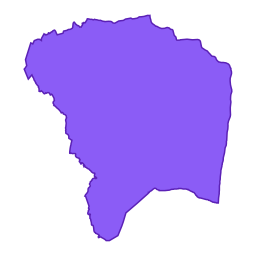 Bikita, Masvingo, Zimbabwe
{"feature_id": "62879985B26822606878793", "entity_name": "Bikita", "entity_type": "district", "adm_level": 2, "iso_a3": "ZWE", "parent_name": "Zimbabwe", "parent_adm1": "Masvingo", "projection": "equal_earth", "projection_center": [31.804, -20.202], "detail": "fine", "context": "isolated", "style": "filled", "palette": "violet", "viewbox_px": 256, "rotation_deg": 0, "n_neighbors": 0, "source": "geoboundaries", "source_scale": "gbopen_adm2", "svg_char_len": 5588}
<svg xmlns="http://www.w3.org/2000/svg" viewBox="0 0 256 256"><path d="M230.9,68.3L230.4,67.9L229.5,65.3L228.4,64.0L226.0,62.9L223.4,62.5L221.0,62.5L219.8,62.1L218.6,61.9L216.9,60.3L216.2,59.1L215.7,57.7L214.8,56.8L214.2,56.5L212.0,56.2L210.8,55.0L209.5,53.5L208.8,52.9L207.3,51.0L205.2,50.0L202.0,47.8L201.5,46.9L200.4,41.5L200.0,40.7L199.1,39.9L197.7,39.5L192.5,39.8L187.1,39.2L180.3,39.8L179.8,40.1L177.4,40.2L176.9,40.1L176.7,40.0L176.3,39.3L176.2,38.1L175.6,36.6L174.8,36.1L174.1,35.0L172.9,30.3L172.6,29.9L172.0,29.5L170.5,29.3L169.4,28.1L167.5,27.5L166.6,27.6L164.7,28.3L161.7,28.5L159.5,27.8L156.6,26.2L156.2,26.3L155.7,26.2L154.5,25.1L152.4,23.6L151.7,22.8L151.1,21.7L150.7,19.6L150.1,17.7L149.9,15.4L149.5,15.5L147.5,15.4L144.1,16.4L141.0,16.8L139.7,16.8L139.0,17.0L137.4,18.1L134.2,18.7L132.3,18.9L131.3,18.3L130.8,18.1L125.5,19.1L123.4,20.4L118.7,21.0L115.2,23.0L114.6,23.2L113.1,23.0L111.6,21.7L110.6,21.4L108.2,21.3L104.9,21.6L104.0,21.3L103.0,21.3L100.4,20.3L99.0,20.4L96.9,19.8L95.3,19.6L94.5,19.3L94.2,19.4L93.8,19.8L93.1,19.8L91.8,19.3L90.7,19.4L88.5,18.9L87.4,18.8L87.2,18.9L86.9,20.0L86.0,21.3L85.3,22.7L84.7,22.8L84.1,22.5L83.8,22.5L83.4,23.5L83.1,23.5L82.7,23.1L82.4,23.1L82.2,23.8L82.4,24.6L82.4,25.2L82.2,25.6L81.6,26.0L81.3,27.0L80.8,26.9L79.9,27.2L79.3,26.4L78.3,25.6L77.5,25.6L76.5,24.6L75.9,24.3L74.4,22.3L74.1,22.1L73.5,22.6L73.1,23.6L72.7,27.5L72.2,28.3L71.2,28.8L70.5,29.3L68.3,29.5L67.0,30.3L63.6,31.1L63.4,31.6L63.2,32.8L62.8,33.3L57.2,34.8L56.3,33.1L55.6,31.3L54.7,30.2L54.3,30.1L52.9,30.8L52.0,31.9L51.3,31.9L50.5,32.8L49.5,33.5L49.2,33.5L48.9,32.8L48.5,32.8L48.0,34.0L46.7,34.8L46.3,34.7L45.8,34.4L45.5,34.5L45.4,34.8L44.8,34.6L44.4,34.1L44.2,34.1L44.0,33.9L41.4,38.6L41.4,40.4L41.4,40.5L39.4,39.3L37.6,39.3L34.3,40.6L32.8,43.9L30.8,42.9L25.5,59.7L26.7,65.7L24.9,68.4L24.2,69.1L28.3,79.1L31.9,74.9L32.7,76.7L32.9,76.9L33.0,77.4L33.4,77.8L34.3,80.4L34.8,80.9L35.7,82.8L35.9,82.9L35.9,83.4L36.9,84.6L37.5,85.5L38.5,86.3L38.4,87.4L39.0,88.3L39.1,91.3L40.2,91.6L41.2,90.8L41.7,91.3L42.3,91.5L43.6,93.2L44.3,93.8L45.0,93.6L45.8,92.8L46.4,93.2L47.6,92.6L48.2,92.6L49.4,93.1L50.3,95.0L50.7,95.0L51.3,94.2L51.6,94.2L52.3,94.9L54.1,98.4L54.1,99.3L54.4,100.5L53.3,101.7L53.3,102.2L53.0,102.9L54.0,104.8L54.1,105.2L53.9,105.5L55.4,106.3L56.5,107.6L58.6,109.3L60.5,111.5L61.3,112.9L62.5,112.5L63.0,113.0L63.4,114.0L65.3,114.8L66.1,115.6L66.3,116.3L66.3,117.3L66.6,117.8L66.1,118.7L65.6,120.0L66.2,123.1L65.8,127.2L65.5,127.9L65.9,129.3L65.6,130.3L65.8,131.3L65.8,133.1L66.1,133.5L66.7,133.8L67.8,134.4L68.3,135.1L68.8,136.3L68.8,138.1L69.0,138.5L69.9,138.9L70.6,139.5L71.9,140.2L71.8,140.6L71.6,140.9L71.6,141.8L71.1,143.4L71.0,144.6L70.6,145.9L70.2,148.1L69.7,152.2L69.8,153.3L70.3,153.4L70.8,153.0L72.3,153.6L73.9,153.5L75.3,153.6L75.5,153.8L75.7,154.1L75.5,155.9L76.0,156.8L76.8,157.5L77.6,157.7L78.2,158.1L79.1,158.2L79.4,158.7L79.4,159.2L79.8,159.3L80.0,159.5L80.0,160.0L79.5,160.6L79.3,161.6L80.4,162.8L80.6,163.6L80.8,163.9L80.9,164.0L81.3,163.9L81.6,162.8L81.9,162.7L82.4,162.9L83.5,164.0L83.4,165.2L83.8,166.2L84.1,165.5L84.5,165.2L84.8,165.7L84.9,166.7L85.2,167.1L86.7,167.6L87.1,168.3L89.1,169.2L89.8,170.1L90.6,170.6L91.5,171.9L93.1,173.0L94.7,173.2L94.8,173.5L94.7,174.2L94.4,175.1L94.5,176.5L94.9,176.9L95.6,176.9L96.6,178.0L95.9,178.6L95.1,178.1L94.4,178.1L94.1,178.3L93.0,178.5L92.1,179.5L92.0,179.9L92.0,180.2L91.6,180.4L91.2,181.2L90.4,181.6L90.1,183.0L89.6,183.6L89.5,183.9L89.5,184.2L89.9,184.8L90.2,185.5L90.2,186.0L90.0,186.5L88.4,188.1L88.1,188.9L88.0,191.2L87.8,191.8L86.9,193.2L85.5,194.8L84.9,196.1L85.5,196.2L85.9,197.1L89.0,206.1L89.0,206.5L88.6,207.6L88.5,208.3L88.7,208.7L89.2,209.0L89.2,209.5L88.4,210.4L88.2,211.8L87.9,212.6L87.8,213.4L87.9,213.9L88.5,214.5L89.1,214.5L89.6,214.1L90.0,214.1L90.3,214.4L90.3,214.9L89.8,215.7L89.8,216.2L90.0,216.7L89.9,218.3L90.4,218.8L90.7,219.5L90.8,220.4L91.4,222.8L91.5,224.6L91.8,225.1L92.0,225.2L92.6,225.2L93.1,225.5L93.6,227.5L94.0,231.0L94.5,232.1L95.4,232.6L95.6,233.3L96.5,233.6L98.5,234.6L99.3,235.3L99.4,235.6L98.7,235.9L98.4,236.3L98.3,237.0L98.5,237.6L98.8,237.6L99.9,237.1L100.9,237.0L101.3,237.2L101.7,237.6L102.4,237.9L105.1,239.5L105.5,240.0L106.1,240.4L106.2,240.6L109.4,240.6L117.9,235.6L121.8,226.0L123.3,221.7L125.9,212.9L137.1,203.3L148.1,193.5L148.3,193.2L148.4,192.4L149.0,192.6L150.0,191.4L151.4,190.7L153.2,189.1L154.5,188.3L155.8,188.4L156.8,189.4L158.3,189.9L159.0,190.3L159.3,190.3L159.3,190.6L164.9,190.6L169.5,190.1L171.3,189.4L173.8,189.2L174.2,189.0L176.9,189.0L177.4,188.8L178.3,188.8L178.5,188.5L181.1,188.5L183.3,189.0L185.8,189.0L187.4,189.4L187.9,189.4L187.9,189.7L188.8,189.9L189.2,190.3L189.9,190.6L191.5,191.5L192.4,191.7L192.9,192.2L194.2,192.6L194.9,193.7L195.3,194.0L195.8,195.1L196.9,196.0L197.0,196.5L198.5,197.6L199.5,197.8L199.7,198.0L200.6,198.0L206.5,199.6L207.4,199.6L208.1,199.8L208.6,200.3L209.9,200.5L211.3,201.4L212.0,201.6L212.6,202.1L214.4,202.3L214.5,202.5L215.6,202.5L216.0,202.8L217.0,202.8L217.0,203.0L218.3,203.0L218.6,197.9L219.2,193.6L219.2,192.1L219.4,190.1L219.4,185.8L219.9,183.3L219.8,181.5L220.2,179.3L220.3,176.7L220.8,172.7L220.9,170.4L221.9,166.2L221.9,165.4L222.3,164.1L222.3,163.1L222.9,161.5L223.2,160.0L223.3,157.7L224.5,152.9L225.1,147.9L226.2,145.3L226.4,143.3L226.4,141.3L226.7,140.5L227.1,132.3L227.8,129.1L228.0,125.8L227.9,123.8L228.5,121.1L230.2,116.7L230.5,114.9L230.3,110.2L230.3,107.4L230.9,102.1L230.8,101.1L230.5,99.6L230.6,96.8L230.8,94.7L231.8,91.7L231.7,89.6L231.3,88.3L230.5,84.9L230.1,80.8L230.2,78.3L231.5,73.8L231.5,71.9L230.8,69.2L230.9,68.3Z" fill="#8b5cf6" stroke="#5b21b6" stroke-width="1.5"/></svg>